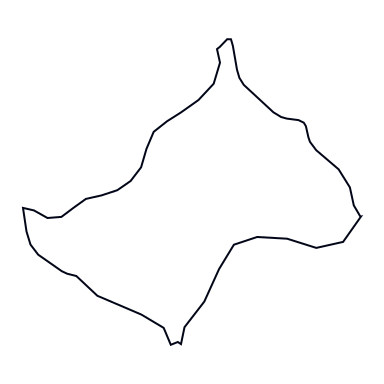 the District of Zaqatala
{"feature_id": "AZE-1731", "entity_name": "Zaqatala", "entity_type": "District", "adm_level": 1, "iso_a3": "AZE", "parent_name": "Azerbaijan", "parent_adm1": "", "projection": "albers", "projection_center": [46.668, 41.598], "detail": "fine", "context": "isolated", "style": "outline", "palette": "ink", "viewbox_px": 384, "rotation_deg": 0, "n_neighbors": 0, "source": "natural_earth", "source_scale": "10m", "svg_char_len": 823}
<svg xmlns="http://www.w3.org/2000/svg" viewBox="0 0 384 384"><path d="M227.2,39.2L231.0,39.3L232.9,46.0L237.0,69.7L239.4,77.9L243.8,84.9L273.4,112.3L281.1,117.0L286.8,118.6L298.5,120.1L303.8,122.7L305.9,126.2L308.4,137.3L310.0,141.9L316.2,150.2L338.6,169.3L349.9,187.4L353.8,205.4L360.4,216.6L361.0,216.5L343.1,241.9L316.3,247.9L287.1,238.7L257.1,237.0L233.9,244.7L219.1,269.0L204.3,301.6L184.5,327.2L181.0,344.1L177.8,342.0L170.8,344.8L163.7,327.9L141.4,314.6L97.4,295.8L76.3,276.0L67.1,273.7L61.8,271.2L38.2,254.7L30.5,244.6L26.5,231.5L23.0,207.9L33.9,210.4L47.5,218.0L61.4,216.9L73.8,207.6L85.9,198.9L101.5,195.4L117.3,190.2L130.6,181.0L141.1,167.3L146.5,148.8L153.7,131.8L167.0,121.3L181.0,112.4L198.5,100.0L213.7,83.7L220.0,62.7L217.0,49.1L219.7,47.0L227.2,39.2Z" fill="none" stroke="#020617" stroke-width="2"/></svg>